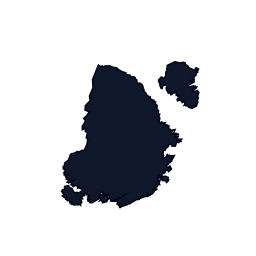 outline of Stord nor, Hordaland, Norway, rotated 331°
{"feature_id": "86288312B17491497636164", "entity_name": "Stord nor", "entity_type": "district", "adm_level": 2, "iso_a3": "NOR", "parent_name": "Norway", "parent_adm1": "Hordaland", "projection": "natural_earth1", "projection_center": [5.468, 59.833], "detail": "fine", "context": "isolated", "style": "filled", "palette": "ink", "viewbox_px": 256, "rotation_deg": 331, "n_neighbors": 0, "source": "geoboundaries", "source_scale": "gbopen_adm2", "svg_char_len": 5925}
<svg xmlns="http://www.w3.org/2000/svg" viewBox="0 0 256 256"><g transform="rotate(331 128 128)"><path d="M55.7,127.8L53.9,130.4L52.8,130.2L51.8,131.6L51.7,132.7L53.2,133.5L52.5,133.8L52.3,135.2L51.4,135.2L51.2,136.5L50.0,135.4L51.2,136.7L50.0,136.6L49.7,138.0L48.9,137.7L51.6,139.7L49.9,139.8L49.8,141.7L50.5,142.8L49.4,142.9L50.0,143.7L52.2,144.3L52.2,145.2L54.0,147.3L56.8,147.6L53.6,147.5L52.0,145.7L50.9,145.7L51.5,146.1L50.9,146.4L50.0,145.4L48.7,145.8L50.5,146.6L49.1,146.7L49.5,147.4L51.6,147.2L51.8,149.5L50.6,150.0L52.0,151.4L51.4,151.8L52.0,152.9L53.2,152.5L55.0,153.1L54.8,153.6L55.2,153.8L55.3,153.0L55.6,154.9L54.7,156.2L56.2,156.3L56.3,157.1L57.5,157.4L57.3,158.3L58.2,159.3L58.1,160.7L55.4,160.5L54.6,161.8L51.7,159.2L50.2,159.3L49.5,157.0L49.7,153.4L48.4,152.6L47.8,150.7L48.2,149.6L44.2,148.3L43.1,150.2L43.1,151.4L41.0,150.3L39.2,151.1L39.8,152.3L39.2,152.7L40.0,155.6L37.7,155.4L38.7,158.2L40.2,159.2L39.0,160.1L40.0,161.4L39.7,162.1L41.7,163.3L40.9,165.3L42.7,165.9L41.4,166.9L44.0,169.5L46.9,170.3L46.8,171.0L48.8,171.5L49.1,172.5L49.8,171.0L51.1,171.0L52.0,169.6L51.4,167.4L53.9,167.9L53.5,167.1L54.4,166.2L53.9,165.3L55.3,165.0L56.4,166.1L57.6,165.4L56.6,164.5L58.1,164.9L59.9,164.4L60.2,165.7L59.3,166.4L61.0,167.2L60.7,167.6L61.1,168.8L60.0,168.7L60.4,169.2L59.3,169.5L59.6,170.3L58.5,170.2L57.8,171.3L57.9,172.0L59.6,172.4L58.0,173.0L59.5,174.0L58.4,174.7L60.1,176.0L69.0,175.8L68.0,175.2L69.8,174.6L69.8,173.4L69.2,172.9L71.5,172.7L71.7,171.6L73.4,170.9L74.7,172.5L75.7,172.7L73.3,172.8L75.3,173.3L74.3,173.4L75.3,173.8L75.3,174.4L74.2,173.7L71.2,173.6L70.3,174.7L70.6,175.4L71.6,175.3L70.6,175.1L71.8,174.3L73.9,175.1L73.9,175.8L77.4,175.8L79.2,176.8L75.8,175.9L69.7,176.4L70.5,177.0L68.1,178.0L70.2,178.3L69.6,179.8L70.8,180.4L69.8,181.1L73.5,182.1L76.3,180.5L78.4,181.4L78.1,183.0L77.4,183.4L78.2,184.1L88.9,184.9L93.0,184.4L94.0,185.0L80.8,185.6L83.7,187.1L81.6,189.1L82.6,189.7L82.1,190.3L82.2,191.3L83.3,192.0L82.2,193.1L82.4,193.8L86.8,193.5L86.7,194.1L90.1,194.7L90.6,193.9L92.2,195.1L101.0,194.8L103.1,195.9L105.5,194.9L106.5,195.1L105.7,195.6L107.9,195.8L108.5,195.0L108.9,196.1L111.2,196.8L111.8,196.1L114.2,195.4L114.9,195.5L112.2,196.4L112.6,196.6L112.2,197.4L117.8,197.3L121.4,195.5L122.9,195.7L124.3,195.5L121.5,195.4L122.6,194.8L120.6,193.8L125.2,193.4L126.6,192.1L128.1,192.8L127.9,192.1L129.9,190.0L129.5,188.6L128.5,188.1L130.0,186.2L131.0,185.7L130.1,187.1L132.2,185.8L131.2,185.2L132.5,184.7L133.9,185.3L133.1,186.6L133.8,187.6L132.5,187.5L130.8,189.0L133.7,189.9L132.8,190.8L135.4,192.4L135.2,194.3L137.2,194.0L138.6,192.8L138.0,192.2L139.2,190.7L137.6,188.8L138.1,188.8L134.3,186.9L135.1,185.2L136.5,184.7L138.3,185.1L140.5,183.6L142.4,184.0L142.3,185.7L145.2,184.5L144.7,185.3L146.2,184.8L146.2,181.6L145.0,181.6L145.8,181.8L145.5,182.1L143.2,181.3L143.6,179.5L145.7,179.2L146.6,178.1L147.6,178.6L150.4,178.1L150.7,177.2L153.7,175.7L152.5,175.3L152.6,174.5L154.6,174.3L150.8,172.5L150.9,171.7L149.1,171.7L149.3,170.2L148.7,170.5L148.4,171.5L143.9,171.8L144.5,170.7L144.0,170.5L145.9,169.1L146.0,167.8L148.0,165.0L147.5,164.6L149.7,165.4L151.6,164.1L154.2,163.8L155.5,162.5L156.8,162.5L157.7,163.3L158.1,164.9L157.7,165.2L160.6,166.8L164.6,163.2L164.5,164.6L165.2,165.3L166.6,165.2L166.8,164.5L167.8,165.2L167.7,164.5L169.5,163.8L165.4,161.6L167.8,159.8L164.5,158.5L166.6,157.5L168.6,158.3L169.0,157.9L168.3,157.6L168.1,156.5L165.2,155.9L164.4,154.6L165.6,154.4L167.2,156.1L165.7,154.3L162.7,154.5L163.7,153.5L163.2,152.9L164.3,152.5L164.0,152.1L166.1,152.0L167.1,153.2L168.5,152.2L164.2,150.6L164.3,149.4L163.1,148.7L164.8,145.9L163.9,145.8L163.9,144.6L161.3,142.5L163.2,141.5L161.7,141.0L160.1,138.9L158.7,139.0L158.2,137.5L160.3,135.3L160.8,133.8L160.3,133.1L162.4,131.3L161.5,130.6L161.6,130.0L163.1,127.5L162.5,125.7L164.4,122.3L163.7,119.8L164.5,118.9L164.0,118.9L164.1,117.0L163.6,117.4L163.6,116.1L162.6,116.1L162.8,114.7L161.8,114.2L162.5,111.3L160.7,109.8L161.0,109.3L160.2,108.0L160.6,107.1L159.9,103.5L160.7,102.0L160.0,101.2L161.1,99.6L161.3,96.8L160.0,94.2L158.9,94.2L157.8,92.8L159.0,90.4L158.1,88.4L158.7,87.2L157.8,85.9L155.5,85.1L155.7,84.5L154.8,83.3L155.5,82.8L152.2,80.5L152.9,78.7L149.9,75.6L148.1,72.3L147.2,72.0L147.7,70.9L147.2,69.8L144.1,67.4L142.3,64.8L138.0,62.6L137.2,63.0L135.8,62.1L135.6,61.2L133.7,60.9L132.6,58.6L120.5,68.4L116.9,75.8L109.9,81.3L108.1,85.7L101.5,87.8L99.1,91.5L101.9,95.0L97.9,97.2L94.3,98.0L93.8,98.5L94.6,100.1L92.6,102.4L88.9,104.2L87.2,107.4L90.6,107.5L88.9,110.4L89.9,111.4L90.1,112.6L86.7,116.3L87.4,118.2L84.4,122.1L78.9,126.3L76.9,125.2L74.4,125.5L71.9,123.8L69.9,124.2L65.9,123.1L64.0,123.7L63.8,124.4L60.0,127.2L55.7,127.8ZM201.3,92.8L192.6,92.3L190.2,95.8L190.4,96.6L188.2,97.4L186.5,100.4L184.5,101.6L182.5,101.5L182.7,100.6L181.8,99.5L178.3,100.7L177.2,102.3L178.1,103.9L177.1,104.3L177.4,105.0L176.6,105.9L176.2,109.3L176.9,110.0L179.2,107.8L181.5,108.7L182.5,108.2L182.5,110.9L181.2,110.9L180.2,112.7L180.2,117.1L181.8,117.2L181.5,119.7L182.7,119.9L184.1,118.9L184.8,119.7L187.4,119.9L186.0,122.8L186.7,123.0L187.0,125.3L188.1,125.4L188.1,124.5L188.8,125.2L187.1,126.6L184.9,126.6L184.4,128.2L186.2,128.5L188.0,130.1L187.7,132.0L189.6,132.2L189.8,134.3L188.3,135.3L189.4,135.4L189.1,136.3L190.3,137.0L191.4,139.7L193.2,140.4L192.7,140.9L193.7,141.8L198.4,142.0L201.7,139.1L202.1,137.2L203.6,136.6L204.3,135.4L204.0,134.5L207.2,131.3L206.8,128.8L205.3,128.9L202.3,126.5L205.1,125.2L204.7,126.3L206.4,125.7L206.1,126.3L206.9,126.2L207.9,125.5L206.9,125.3L207.3,124.2L205.5,122.8L201.3,121.7L200.7,120.8L200.9,120.0L208.2,119.8L208.6,118.8L206.0,117.6L206.0,117.1L208.5,116.9L209.4,117.5L209.4,116.7L211.0,115.3L212.1,114.6L212.9,115.0L214.1,113.2L216.1,112.9L216.0,112.3L218.3,110.7L216.9,108.4L215.8,108.4L215.3,109.4L215.8,109.8L215.0,110.1L212.7,108.3L212.5,107.2L210.5,105.0L210.5,102.9L208.9,100.0L209.6,98.6L208.6,97.5L204.8,96.2L201.3,92.8Z" fill="#0f172a" stroke="#020617" stroke-width="1.5"/></g></svg>